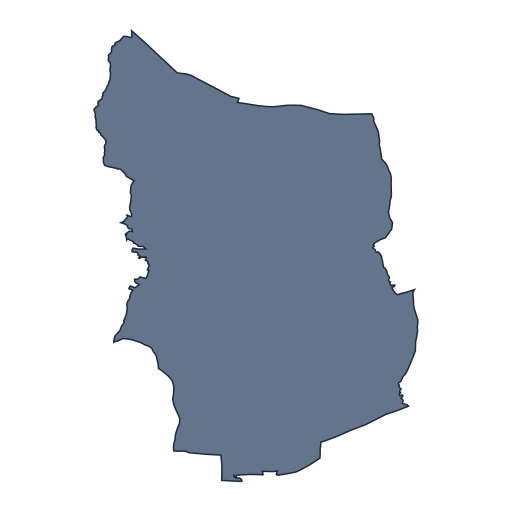 Talpas, Dolj, Romania (Equal Earth projection)
{"feature_id": "2599482B89244490879400", "entity_name": "Talpas", "entity_type": "district", "adm_level": 2, "iso_a3": "ROU", "parent_name": "Romania", "parent_adm1": "Dolj", "projection": "equal_earth", "projection_center": [23.747, 44.687], "detail": "fine", "context": "isolated", "style": "filled", "palette": "slate", "viewbox_px": 512, "rotation_deg": 0, "n_neighbors": 0, "source": "geoboundaries", "source_scale": "gbopen_adm2", "svg_char_len": 6044}
<svg xmlns="http://www.w3.org/2000/svg" viewBox="0 0 512 512"><path d="M371.7,113.8L344.1,114.4L329.8,113.7L317.3,109.6L301.2,105.4L293.8,105.2L286.7,105.3L273.3,106.8L266.1,106.5L258.5,105.7L237.3,102.4L238.5,100.0L238.9,98.3L230.4,96.3L221.2,91.2L194.5,77.3L193.1,76.3L189.7,74.9L185.7,73.9L177.3,72.9L146.0,43.6L131.6,30.7L131.9,36.4L131.6,37.1L129.6,37.4L127.1,36.5L123.6,36.3L119.9,40.6L115.5,42.7L115.0,43.6L114.9,44.7L114.5,45.3L113.5,45.9L112.7,46.0L111.9,47.1L111.6,48.2L111.5,52.0L108.8,54.7L108.3,55.7L108.7,56.9L108.3,59.5L108.4,60.3L108.8,61.4L110.0,62.6L110.5,64.8L110.5,66.3L109.9,69.4L109.9,70.4L110.4,72.3L110.5,74.3L110.0,79.6L109.0,81.7L108.0,85.0L106.7,87.1L106.0,89.6L102.8,93.3L102.8,95.6L102.2,96.9L102.1,98.2L101.4,99.5L99.8,100.1L98.8,101.4L98.2,101.3L97.9,102.5L98.1,104.4L98.5,105.6L96.1,106.8L95.2,108.0L94.5,108.6L94.1,109.4L94.1,110.8L94.9,112.1L95.0,112.9L95.3,113.5L95.1,117.3L95.7,118.5L96.0,120.1L96.0,121.3L96.1,124.0L96.4,124.9L96.1,126.6L96.1,127.7L97.0,130.1L97.5,130.5L98.2,130.5L98.7,130.8L98.6,131.5L98.9,132.4L100.5,133.4L100.8,134.7L101.3,135.5L102.6,136.3L103.0,137.1L105.2,139.4L105.5,140.0L106.0,141.5L105.8,143.5L104.5,145.5L104.4,148.2L104.9,150.0L104.7,150.5L104.7,151.7L104.3,152.9L104.7,153.9L104.7,154.7L103.1,158.1L103.5,159.4L103.3,162.1L104.8,165.4L108.4,166.7L115.8,168.2L118.0,169.1L119.6,168.8L120.4,169.1L125.0,173.7L126.3,176.2L128.3,177.5L134.2,180.8L132.6,182.8L131.4,184.8L130.9,187.3L130.3,192.4L130.9,193.5L131.3,196.1L131.0,198.2L130.9,200.2L130.4,203.5L129.8,205.5L129.6,206.7L129.8,208.0L129.7,209.4L131.6,214.0L131.7,215.4L131.4,216.4L130.3,216.4L127.9,215.5L127.9,215.3L127.4,215.0L126.8,215.2L127.7,216.5L126.0,218.8L124.6,220.3L124.0,221.3L120.9,222.7L125.6,224.3L126.5,225.0L127.2,225.7L128.4,228.5L131.8,229.1L132.5,231.7L129.2,231.1L128.6,231.9L127.7,232.3L125.7,233.9L126.5,234.1L126.5,234.8L125.7,235.1L126.5,238.2L126.6,240.1L126.9,239.7L128.4,239.0L129.9,240.3L131.5,240.6L133.4,241.7L133.5,241.9L133.6,243.0L135.4,243.6L136.1,244.4L137.8,245.1L138.0,246.1L140.9,246.5L142.7,246.3L143.9,247.2L145.8,249.0L138.9,249.1L133.0,248.1L131.9,250.2L131.9,251.1L132.2,251.8L137.2,252.4L137.4,252.6L138.1,254.4L138.1,255.4L139.3,255.6L140.5,256.6L138.8,257.5L138.6,257.8L139.2,258.4L141.1,257.5L142.7,257.3L143.9,256.8L144.6,257.6L145.3,257.1L145.9,257.1L146.3,257.3L146.2,258.6L145.4,260.0L145.5,260.4L147.7,261.3L147.9,263.7L149.2,264.9L148.8,266.3L148.8,266.8L148.0,268.0L148.0,269.0L147.3,269.7L148.2,270.3L149.0,270.6L148.5,271.6L147.2,276.2L145.9,278.3L140.0,276.9L139.3,277.5L137.8,279.4L134.8,279.1L134.4,279.7L134.6,280.1L134.7,281.4L135.5,282.0L135.7,282.9L138.6,284.0L139.0,284.3L139.1,284.7L135.2,287.7L130.3,286.0L129.3,287.5L128.9,288.7L132.8,290.2L131.1,292.7L130.3,294.6L129.4,299.0L128.3,300.4L127.4,301.9L127.1,303.3L126.7,304.9L127.3,307.7L126.6,312.4L126.6,313.5L123.8,320.9L123.8,321.7L124.3,322.6L121.6,325.9L119.9,330.5L115.0,336.0L114.1,339.5L113.8,342.2L114.9,341.5L116.8,341.4L122.9,338.6L126.0,338.8L131.8,339.7L140.5,342.5L142.8,343.6L144.4,344.7L148.0,345.9L150.3,347.1L152.3,349.2L153.2,351.5L155.3,354.2L156.6,356.8L156.9,359.1L158.2,364.3L158.5,368.5L161.6,370.5L168.0,375.7L171.6,379.8L173.3,384.0L173.9,388.7L173.5,394.0L172.7,398.6L173.3,402.6L174.4,406.2L176.1,410.3L178.3,414.8L179.8,418.7L179.6,421.5L179.2,424.3L177.7,427.4L175.4,434.8L175.0,439.5L174.0,443.3L173.4,447.1L173.8,450.9L176.8,451.2L184.0,451.1L186.2,451.4L188.9,452.7L206.5,454.3L220.9,455.1L221.3,459.4L221.9,464.2L221.9,466.9L221.8,470.1L221.9,471.5L221.7,480.4L238.0,481.3L241.9,481.3L241.9,480.6L241.6,479.7L240.2,478.4L238.7,477.8L236.0,478.1L234.2,476.6L234.0,476.2L234.0,475.5L235.1,476.7L235.9,476.9L236.3,476.8L236.5,475.4L241.0,474.9L249.7,474.4L259.3,474.6L263.0,474.8L263.0,473.2L262.6,472.6L262.4,471.3L272.9,471.6L277.4,471.1L276.4,474.0L276.3,474.6L277.7,475.2L287.5,473.7L295.6,472.1L299.0,470.7L310.6,464.3L320.1,458.0L319.9,457.6L320.1,455.8L320.2,449.0L320.7,445.4L320.8,442.1L325.0,440.9L337.9,436.0L350.1,430.5L365.3,424.8L385.8,414.4L395.5,411.2L408.5,406.2L407.2,404.9L405.7,404.5L404.7,404.0L403.3,403.9L402.4,403.4L402.4,402.6L403.1,401.2L403.0,400.0L402.5,399.3L401.4,398.5L401.2,398.0L401.5,397.4L402.6,396.8L402.9,395.9L402.6,395.1L402.1,394.9L401.4,395.0L400.1,395.7L399.8,395.6L399.5,395.1L399.3,393.8L399.5,393.2L400.4,393.0L400.6,392.9L400.7,392.4L399.7,391.6L399.6,390.9L399.9,390.2L400.9,389.6L401.0,388.9L399.1,387.1L399.1,386.3L399.4,385.3L398.5,384.3L398.5,383.8L398.7,383.1L399.1,382.5L400.9,381.4L401.6,379.4L402.4,378.3L402.8,376.8L405.4,374.0L406.6,371.9L409.2,366.4L413.7,355.2L415.4,350.8L415.6,341.7L416.6,337.4L417.6,331.0L417.3,326.6L417.9,321.9L417.6,319.3L414.4,309.1L413.6,305.2L413.4,298.9L413.0,295.7L413.0,293.1L413.2,291.6L414.5,289.6L406.1,292.3L400.3,293.7L397.6,294.7L395.6,293.4L393.5,290.8L393.0,289.8L393.0,289.2L392.1,288.3L391.9,287.7L392.3,287.0L393.9,286.8L394.8,285.6L394.8,285.1L393.7,285.2L392.0,285.0L390.9,285.5L390.3,284.8L389.8,282.8L390.5,282.0L389.6,281.6L388.9,281.0L388.6,280.5L388.5,280.0L388.6,279.4L389.4,277.9L389.4,277.2L387.7,274.7L387.2,273.4L387.0,271.6L385.5,268.8L384.8,268.1L383.5,267.4L383.5,266.1L382.9,264.1L382.6,261.0L381.8,258.9L381.7,257.0L381.3,255.8L380.0,254.4L379.9,253.5L379.7,253.1L378.7,253.0L378.1,252.0L377.7,251.8L376.7,252.2L375.9,251.9L375.6,251.6L375.4,250.1L375.1,249.6L373.0,248.1L372.6,247.7L372.8,247.2L374.2,246.4L374.1,245.6L373.2,244.7L375.0,242.8L380.1,239.7L385.1,237.9L386.4,236.5L389.1,232.9L390.1,231.2L391.0,230.2L391.7,229.0L392.5,223.3L392.3,222.2L391.2,220.3L390.1,218.8L389.1,215.6L389.0,214.1L388.4,212.3L388.4,211.6L389.0,209.6L389.8,204.5L390.1,200.3L391.0,197.9L391.4,195.8L391.1,182.4L391.3,178.3L391.1,176.5L390.4,173.6L390.0,172.5L389.0,171.1L387.8,167.5L386.5,164.7L385.8,163.5L381.5,158.7L381.4,155.6L380.5,151.4L380.3,148.9L379.4,146.1L379.4,143.2L379.6,140.4L378.8,136.3L378.7,134.3L378.4,133.2L378.4,132.2L376.9,128.4L374.0,121.9L373.7,120.3L373.9,118.7L373.8,118.1L371.7,113.8Z" fill="#64748b" stroke="#1e293b" stroke-width="1.5"/></svg>